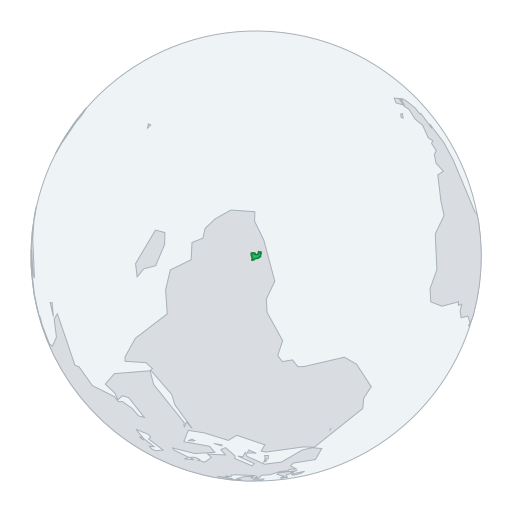 Khomas highlighted on a globe, orthographic projection, rotated 184°
{"feature_id": "NAM-3340", "entity_name": "Khomas", "entity_type": "Region", "adm_level": 1, "iso_a3": "NAM", "parent_name": "Namibia", "parent_adm1": "", "projection": "orthographic", "projection_center": [17.098, -22.865], "detail": "fine", "context": "on_globe", "style": "filled", "palette": "green", "viewbox_px": 512, "rotation_deg": 184, "n_neighbors": 0, "source": "natural_earth", "source_scale": "10m", "svg_char_len": 6236}
<svg xmlns="http://www.w3.org/2000/svg" viewBox="0 0 512 512"><g transform="rotate(184 256 256)"><circle cx="256" cy="256" r="225" fill="#eef3f6" stroke="#a8b0b8"/><path d="M35.3,210.7L35.3,210.9L38.7,201.0L37.8,204.4L40.4,210.8L47.1,208.7L48.6,215.6L47.4,222.1L50.7,220.9L50.8,224.4L67.1,218.9L78.5,222.5L80.1,235.5L74.6,254.9L78.7,290.6L71.2,309.5L75.5,324.3L80.3,349.6L75.0,353.6L82.9,361.2L85.2,369.7L83.5,373.6L88.7,380.6L87.7,383.4L92.3,385.8L99.0,398.2L106.7,403.5L113.7,413.1L118.9,415.9L118.5,417.0L120.2,419.7L123.1,421.9L118.2,422.1L107.4,414.6L102.2,408.9L101.5,409.8L89.6,395.7L91.9,399.8L76.5,382.2L65.9,365.4L44.2,322.2L41.1,315.8L38.4,313.1L36.2,305.4L33.3,289.8L31.4,274.0L30.7,258.1L31.1,242.2L32.7,226.3L35.3,210.7ZM129.2,423.2L120.0,423.0L123.9,422.5L119.7,417.0L127.0,418.5L129.2,423.2ZM119.7,408.3L118.9,403.9L120.8,404.3L121.7,407.5L119.7,408.3ZM282.1,32.2L289.8,33.4L288.5,33.1L293.1,33.8L293.5,33.9L309.6,37.2L325.5,41.7L341.0,47.4L356.1,54.2L370.6,62.0L384.5,70.9L397.7,80.8L410.1,91.7L421.7,103.4L432.5,116.0L442.2,129.3L451.0,143.2L458.8,157.8L465.4,172.9L470.9,188.5L475.3,204.4L473.5,197.5L476.3,210.8L479.6,229.7L480.9,246.9L479.9,237.3L478.2,222.0L476.6,214.6L474.5,202.4L468.3,181.1L467.0,179.9L464.7,172.7L456.0,153.9L452.8,151.9L449.4,161.2L453.0,179.3L450.1,184.5L436.5,152.3L429.0,134.3L424.9,133.2L410.2,115.3L387.2,105.7L383.2,101.1L379.1,101.4L368.6,95.1L362.1,88.3L356.1,87.2L373.1,105.8L379.5,107.3L383.7,103.0L387.3,109.4L397.4,117.7L389.0,128.8L353.7,134.1L349.0,120.5L315.9,84.7L316.2,81.6L316.0,81.3L315.5,80.6L313.8,85.5L307.6,79.5L326.6,101.9L330.4,112.0L353.2,134.8L351.4,136.5L358.4,142.0L379.3,141.8L379.6,146.3L370.5,165.6L340.5,192.1L343.8,215.8L340.5,236.1L320.4,247.8L320.8,265.0L310.2,270.1L308.6,280.1L299.2,290.3L284.2,300.1L260.2,300.1L259.8,290.5L249.4,272.6L235.5,232.1L242.7,213.8L241.0,200.5L223.5,173.4L227.4,158.2L222.4,152.5L212.4,154.9L206.5,148.5L200.3,149.1L160.8,161.2L148.2,155.1L131.9,133.6L138.6,121.9L138.9,111.3L184.5,69.3L195.2,68.9L232.4,61.1L237.2,61.7L234.0,68.3L262.8,75.8L270.7,70.1L295.6,76.0L311.4,77.3L315.0,65.7L289.1,63.0L283.4,57.3L303.3,54.7L325.8,58.7L324.3,56.7L309.1,50.5L313.3,48.5L303.8,48.4L308.4,50.6L302.5,50.9L297.9,49.0L299.6,48.2L292.5,46.8L286.4,52.2L290.5,55.0L272.6,55.4L277.6,60.4L273.0,62.7L262.9,55.1L263.2,52.6L245.2,46.4L243.3,48.9L260.2,55.2L255.3,54.7L252.9,59.3L250.9,55.5L233.0,48.9L216.2,52.2L196.4,65.7L186.3,68.7L177.0,68.5L182.5,57.1L204.6,52.0L206.9,48.9L201.0,46.4L208.2,45.4L208.6,44.1L216.8,42.7L227.0,38.7L235.1,37.7L237.8,34.7L242.3,34.1L239.4,35.8L241.8,36.9L261.9,36.3L265.4,35.7L265.5,34.1L271.0,34.6L268.5,33.1L279.4,33.4L264.1,32.2L263.9,31.4L269.7,31.2L266.9,31.0L257.3,31.4L256.0,31.9L259.3,32.4L253.3,34.9L246.7,35.6L242.6,33.0L232.7,34.1L233.8,32.5L249.6,30.8L265.8,30.9L282.1,32.2ZM170.2,86.8L169.3,89.8L170.2,86.8ZM350.9,70.6L363.6,74.7L355.7,66.5L359.9,67.6L355.7,64.7L355.1,65.9L344.4,58.7L349.1,58.7L346.4,56.1L342.0,54.7L335.2,56.0L350.4,66.0L348.4,67.9L350.9,70.6ZM38.9,200.5L39.0,201.7L38.2,203.3L38.9,200.5ZM202.2,40.2L205.5,40.1L202.9,41.6L192.6,44.6L196.2,42.3L202.2,40.2ZM210.6,39.7L209.3,37.4L215.7,36.0L212.3,37.0L216.7,36.3L212.4,38.0L219.7,39.7L218.0,41.3L199.9,44.9L206.8,42.6L203.2,42.6L210.6,39.7ZM242.0,59.2L245.6,59.3L251.1,58.8L249.7,62.0L242.0,59.2ZM229.6,54.6L232.7,54.0L233.4,57.6L229.7,57.8L229.6,54.6ZM233.9,51.0L232.9,53.7L231.2,52.3L233.9,51.0ZM242.3,35.4L245.6,35.0L246.2,35.4L244.7,36.1L242.3,35.4ZM311.0,67.1L306.8,68.9L304.2,67.5L306.2,67.1L311.0,67.1ZM277.0,64.2L285.1,66.1L276.6,65.1L277.0,64.2ZM373.1,376.0L372.6,380.4L370.1,379.4L373.1,376.0ZM375.6,240.0L358.1,274.8L348.5,273.0L348.0,261.1L355.4,239.3L367.0,235.4L373.1,226.8L375.6,240.0ZM478.7,289.9L479.2,285.8L479.6,278.1L480.1,275.7L479.7,283.0L478.7,289.9ZM480.0,275.2L479.9,257.5L475.5,218.4L477.2,222.5L480.9,250.6L480.8,253.0L480.9,265.6L480.0,275.2ZM453.9,181.5L458.1,195.2L456.1,195.2L453.9,181.5ZM435.6,392.0L437.0,388.8L440.6,382.7L444.4,377.8L457.1,355.9L456.4,357.7L462.8,344.7L462.9,345.2L455.0,361.5L445.9,377.2L435.6,392.0Z" fill="#d9dde1" stroke="#a8b0b8" stroke-width="1"/><path d="M253.2,254.6L253.3,254.6L253.3,254.4L253.5,254.1L253.9,254.0L254.0,254.0L254.2,253.9L254.3,254.0L254.6,254.0L254.7,253.9L254.5,253.7L254.8,253.6L255.0,253.7L255.1,253.8L255.3,253.7L255.5,253.6L255.9,253.4L256.0,253.4L256.1,253.5L256.5,253.4L256.6,253.2L256.7,252.9L256.7,253.0L256.8,253.0L257.0,253.1L257.1,252.9L257.3,252.9L257.4,252.7L257.5,252.4L257.6,252.2L257.8,252.1L257.9,251.9L258.1,251.9L258.3,252.0L258.4,251.9L258.6,251.9L258.8,251.8L258.9,251.7L259.1,251.6L259.3,251.5L259.7,251.5L259.8,251.7L259.7,251.8L259.6,252.0L259.7,252.3L259.8,252.4L259.7,252.5L259.5,252.8L259.5,253.0L259.4,253.0L259.2,253.1L259.2,253.4L259.2,253.5L259.3,253.8L259.4,254.0L259.5,254.0L259.8,254.2L259.9,254.3L259.8,254.5L260.0,254.5L260.2,255.0L260.2,255.4L260.2,255.5L260.3,255.8L260.3,256.4L260.7,256.3L260.7,256.5L260.4,256.6L260.5,256.7L260.5,256.8L260.8,256.9L260.8,257.0L260.6,257.2L260.6,257.3L261.0,257.9L261.1,258.0L260.9,258.5L260.7,258.4L260.4,258.5L260.1,258.7L260.1,258.8L259.8,258.9L259.6,259.0L259.4,259.1L259.2,259.1L259.0,258.9L258.9,258.8L258.7,258.8L258.1,258.8L257.9,258.9L257.3,258.9L257.2,258.6L257.1,258.2L257.2,257.9L257.4,257.7L257.1,257.7L256.9,257.7L256.5,257.8L256.4,257.7L256.3,257.4L256.2,257.3L256.1,257.2L255.9,257.2L255.7,257.3L255.3,257.5L255.0,257.6L254.8,257.6L254.7,257.6L254.4,257.5L254.2,257.5L253.8,258.4L253.8,258.5L254.1,258.6L254.1,258.8L253.8,259.2L253.7,259.2L253.4,259.2L253.3,258.9L253.3,259.0L253.1,259.3L253.0,259.5L253.4,259.7L253.5,259.7L253.8,259.7L253.8,259.8L253.8,260.0L253.5,260.0L253.3,260.0L253.1,260.1L253.2,260.5L252.8,260.4L252.8,260.2L253.0,259.9L252.8,260.0L252.7,260.1L252.1,260.2L251.9,260.2L251.8,260.3L251.7,260.4L251.4,260.4L251.2,260.3L251.1,260.2L251.1,259.8L251.4,259.7L251.5,259.6L251.5,259.3L251.5,258.7L251.2,258.5L251.1,258.4L251.3,258.2L251.5,258.1L251.4,257.5L251.7,257.4L251.8,257.4L251.7,257.4L251.6,257.2L251.6,256.8L251.6,256.7L251.6,256.2L251.8,256.0L252.0,256.0L252.2,255.9L252.2,255.4L251.9,255.4L252.2,255.0L252.3,254.9L252.5,255.0L252.7,254.9L252.8,254.8L253.0,254.7L253.2,254.6Z" fill="#22c55e" stroke="#15803d" stroke-width="1.5"/></g></svg>